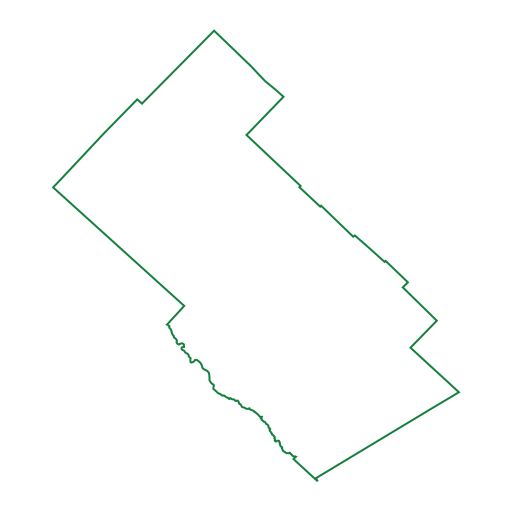 Suipacha, Buenos Aires, Argentina
{"feature_id": "61730980B93203446510136", "entity_name": "Suipacha", "entity_type": "district", "adm_level": 2, "iso_a3": "ARG", "parent_name": "Argentina", "parent_adm1": "Buenos Aires", "projection": "robinson", "projection_center": [-59.716, -34.739], "detail": "fine", "context": "isolated", "style": "outline", "palette": "green", "viewbox_px": 512, "rotation_deg": 0, "n_neighbors": 0, "source": "geoboundaries", "source_scale": "gbopen_adm2", "svg_char_len": 4486}
<svg xmlns="http://www.w3.org/2000/svg" viewBox="0 0 512 512"><path d="M103.7,133.6L58.6,181.7L53.1,187.4L184.2,305.9L167.0,324.6L167.4,324.8L168.0,325.1L168.8,325.7L169.4,326.2L169.3,327.0L169.3,327.7L170.1,328.5L170.6,329.2L171.0,330.0L171.2,330.7L171.6,331.4L171.7,331.9L171.7,332.5L172.0,333.2L172.3,334.0L172.7,334.8L173.2,335.6L173.7,335.8L173.9,336.3L174.0,337.3L174.5,337.9L175.3,338.4L175.9,339.0L176.4,339.6L176.7,340.0L176.9,340.8L176.6,341.6L176.6,342.6L177.3,343.6L178.0,344.1L178.4,344.4L178.9,344.5L179.4,344.4L180.1,343.8L180.7,343.6L181.7,343.4L182.6,343.4L183.6,344.1L183.9,345.2L184.1,346.4L184.0,347.0L183.6,347.0L183.0,347.1L182.2,347.2L181.7,347.6L181.6,348.1L181.5,348.9L182.0,349.6L182.6,349.9L183.4,350.3L184.2,350.8L184.5,351.2L185.1,352.3L186.4,353.3L187.4,353.7L188.1,354.4L188.6,355.3L188.8,356.4L189.2,357.0L190.6,358.2L190.4,359.5L190.3,360.9L190.7,362.2L191.7,362.6L193.1,361.9L194.1,361.4L194.6,360.7L195.0,360.0L196.7,359.9L198.4,361.0L199.9,362.4L200.5,362.9L201.4,364.5L202.0,366.0L202.5,367.8L203.2,368.7L204.7,369.7L206.0,370.3L207.3,370.9L208.8,372.8L209.3,375.0L209.5,377.5L209.4,379.4L209.6,380.6L210.3,381.7L211.4,383.1L212.5,384.1L213.5,384.6L213.9,385.5L213.6,386.6L213.3,388.8L214.3,389.7L215.4,390.6L216.6,391.7L217.5,392.7L218.0,393.2L218.3,393.3L219.1,393.5L220.0,393.9L220.6,394.3L220.9,394.4L221.4,394.7L221.6,395.2L222.1,395.5L222.6,395.7L223.0,395.7L223.7,395.4L224.2,395.6L224.8,396.1L225.4,396.6L226.0,397.0L226.9,397.4L227.5,397.7L228.0,397.8L228.4,398.3L228.9,398.8L229.4,398.9L229.7,398.4L230.0,398.1L230.5,398.1L231.1,398.6L231.6,399.1L232.3,399.3L232.9,399.3L233.6,399.3L234.0,399.6L234.5,399.8L235.0,400.2L235.1,400.6L235.6,400.9L236.8,400.8L237.3,400.6L237.7,400.6L238.1,400.9L238.4,401.4L238.6,401.8L238.9,402.3L238.9,402.7L239.0,403.3L239.6,404.1L240.1,404.1L240.4,404.2L240.9,404.8L241.1,405.2L241.5,406.1L242.0,406.9L242.6,407.2L243.1,407.3L243.5,407.4L244.1,407.5L244.6,407.8L245.1,408.0L245.8,408.6L246.6,408.7L247.1,408.9L247.6,408.9L248.2,408.9L248.7,408.7L249.1,408.3L249.4,408.3L249.6,408.8L249.6,409.1L249.9,409.3L250.1,409.5L250.4,409.6L250.7,409.7L251.4,409.8L252.1,410.3L252.8,410.5L253.3,410.8L253.7,411.2L254.1,411.3L254.5,411.8L255.0,412.2L255.6,412.4L256.0,413.0L256.7,413.3L257.0,413.8L257.5,414.2L258.0,414.5L258.3,414.8L258.7,415.4L259.0,415.7L259.4,416.1L259.8,416.5L260.2,416.9L260.5,416.9L260.9,416.9L261.2,417.1L261.5,416.8L261.8,416.8L261.6,417.3L261.5,417.6L261.2,417.9L260.9,418.3L261.3,418.7L261.6,418.8L261.7,419.4L261.7,419.9L262.4,420.3L262.9,420.8L263.4,421.4L263.9,421.7L264.6,421.8L265.2,422.2L265.6,422.9L265.8,423.5L266.3,424.0L266.8,424.2L267.2,424.4L267.8,424.9L268.2,425.5L268.4,426.0L268.5,426.8L268.6,427.1L268.6,427.5L268.8,427.8L269.4,428.1L269.7,428.3L269.8,428.6L270.1,428.8L270.2,429.1L270.0,429.4L269.7,429.6L269.6,429.8L269.8,430.0L269.8,430.4L269.8,430.8L270.0,431.1L270.3,431.4L270.7,431.8L270.8,432.1L271.2,432.9L271.6,433.2L271.8,433.4L271.8,433.8L271.9,434.2L272.2,434.4L272.5,434.9L272.8,435.0L273.0,435.2L273.2,435.4L273.5,435.7L273.7,435.9L274.0,436.2L274.2,436.3L274.3,436.6L274.5,437.0L274.8,437.2L274.7,437.6L274.5,438.0L274.4,438.3L274.6,438.5L274.8,438.8L274.8,439.0L274.9,439.3L275.0,439.6L275.1,439.9L275.0,440.3L274.8,440.6L275.3,441.2L275.8,441.5L276.2,441.4L276.5,441.3L276.8,441.1L277.1,440.8L277.5,440.8L277.9,440.7L278.3,440.7L278.7,440.9L279.1,441.0L279.4,441.4L279.3,441.8L279.3,442.2L279.5,442.5L279.6,442.8L279.9,443.0L279.8,443.7L279.9,444.3L280.1,444.5L280.2,445.3L280.3,445.7L280.7,446.1L280.8,446.4L281.4,446.8L282.0,447.2L282.2,447.6L281.9,448.4L282.2,448.8L282.4,449.2L282.6,449.7L282.7,450.2L282.9,450.7L283.3,451.1L283.7,451.5L284.2,451.6L284.7,451.9L285.1,452.1L285.4,452.5L285.8,452.8L286.3,452.9L286.7,453.2L287.4,453.2L287.8,453.1L288.5,453.3L289.1,453.1L289.7,452.8L290.1,452.9L290.3,453.2L290.5,453.6L290.9,454.1L291.4,454.4L291.9,455.0L292.6,455.8L293.4,456.2L293.9,456.4L294.5,456.5L295.2,456.4L295.9,456.7L293.5,459.1L317.7,481.3L315.9,478.2L433.8,407.2L450.3,397.4L458.9,392.2L410.5,347.7L436.8,320.7L402.8,287.4L407.9,282.3L385.8,261.1L385.6,260.9L384.6,261.9L366.9,246.0L355.5,236.1L355.3,235.8L355.1,235.6L354.8,235.5L354.6,235.6L354.4,235.9L354.2,236.1L353.9,236.2L353.6,236.2L353.3,236.3L353.1,236.6L339.6,223.6L321.1,205.7L320.2,206.6L299.4,187.2L300.6,186.0L246.5,135.0L283.5,96.8L276.4,90.4L265.3,81.3L257.3,72.9L251.1,66.3L214.1,30.7L142.0,103.6L137.2,99.4L103.7,133.6Z" fill="none" stroke="#15803d" stroke-width="2"/></svg>